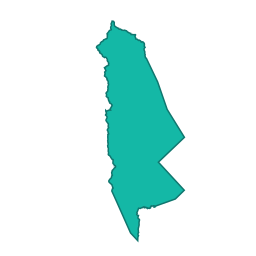 Jimi District, Western Highlands, Papua New Guinea (Albers equal-area conic projection), rotated 227°
{"feature_id": "67681753B26573357069197", "entity_name": "Jimi District", "entity_type": "district", "adm_level": 2, "iso_a3": "PNG", "parent_name": "Papua New Guinea", "parent_adm1": "Western Highlands", "projection": "albers", "projection_center": [144.768, -5.523], "detail": "fine", "context": "isolated", "style": "filled", "palette": "teal", "viewbox_px": 256, "rotation_deg": 227, "n_neighbors": 0, "source": "geoboundaries", "source_scale": "gbopen_adm2", "svg_char_len": 5908}
<svg xmlns="http://www.w3.org/2000/svg" viewBox="0 0 256 256"><g transform="rotate(227 128 128)"><path d="M82.7,162.9L114.9,169.3L141.5,181.1L166.6,189.0L167.5,188.7L169.0,189.6L169.4,189.8L169.8,190.5L170.4,190.8L170.9,191.0L171.4,191.3L171.6,191.7L172.1,192.0L172.6,192.5L173.0,192.6L173.4,192.7L173.8,192.9L174.1,193.0L174.6,193.5L175.0,193.8L175.2,194.4L175.3,194.9L175.3,195.5L175.5,195.6L176.4,195.5L176.7,195.7L177.2,196.3L177.5,196.4L177.8,196.9L178.3,197.3L178.8,197.6L179.4,197.7L179.8,197.5L180.0,197.4L180.2,197.5L180.5,197.7L180.8,197.6L181.4,197.1L181.7,196.8L181.8,196.3L183.0,196.6L184.5,196.2L184.8,195.5L185.5,195.5L185.9,195.2L186.2,195.2L186.9,195.2L187.7,194.4L187.9,194.4L188.2,194.7L188.6,194.9L188.9,195.2L189.5,195.3L190.0,195.5L190.4,195.8L190.6,196.4L190.8,196.8L191.1,197.1L191.4,197.0L192.0,196.2L192.3,195.8L193.3,195.1L194.2,194.0L194.5,194.1L195.3,194.5L195.5,194.3L196.4,193.9L196.9,193.7L197.6,193.4L198.1,193.4L198.6,193.1L199.4,193.2L200.3,193.1L200.8,192.7L201.2,192.6L201.4,192.4L201.9,192.2L202.1,191.7L202.7,191.1L203.4,190.7L203.9,190.2L204.1,190.1L204.5,190.2L204.8,190.0L205.4,190.0L205.8,189.4L206.4,188.9L207.3,189.2L207.6,188.8L210.4,188.0L211.1,187.8L211.6,187.8L213.1,188.5L214.5,189.9L214.8,189.9L215.3,190.1L215.7,190.2L216.2,190.0L216.8,189.4L217.0,189.3L216.2,187.9L216.0,187.2L215.6,186.5L215.0,186.3L214.3,185.9L214.0,185.2L213.6,184.2L212.8,183.4L211.9,183.1L211.5,183.0L211.3,182.7L211.4,182.4L211.8,181.5L211.9,180.6L211.8,180.3L211.5,179.1L211.4,178.4L211.3,177.7L211.3,177.2L211.1,176.8L210.9,176.7L210.3,176.8L209.5,175.6L209.3,175.6L208.0,174.2L207.9,173.7L207.9,173.1L208.2,172.9L208.4,172.1L208.6,171.6L208.8,170.9L209.1,170.3L209.0,169.9L208.9,169.7L208.7,168.9L208.9,168.0L209.1,167.5L209.1,166.1L208.9,165.7L208.5,165.3L208.4,164.4L208.4,164.0L208.5,163.5L208.8,162.9L208.9,162.6L208.8,162.1L209.0,161.2L209.0,160.8L208.5,160.0L208.3,159.8L208.0,159.7L207.6,159.9L206.2,159.8L206.0,159.5L205.8,159.4L205.5,159.2L205.3,159.1L204.9,159.2L204.7,159.5L204.4,159.6L204.1,159.3L203.4,159.6L202.8,159.2L202.6,158.8L202.4,158.6L201.9,158.6L201.2,159.0L200.7,158.9L199.9,159.1L199.6,159.1L199.3,159.1L198.7,158.8L197.9,158.4L197.4,158.4L196.2,158.8L195.6,158.8L195.4,159.6L194.4,160.1L192.4,159.7L191.8,159.3L191.6,158.9L191.3,158.8L191.0,158.6L190.1,158.6L189.5,158.4L189.1,158.3L188.7,158.0L188.4,158.0L188.2,157.8L188.2,157.5L188.0,157.3L187.6,156.9L187.2,156.7L187.4,155.7L187.9,154.6L187.9,154.3L187.7,154.0L188.0,153.3L188.0,152.8L188.2,151.9L187.5,151.7L187.1,151.9L186.8,151.7L186.2,151.2L185.6,151.2L185.2,151.0L184.9,150.9L184.8,149.1L184.4,149.0L184.2,148.7L183.4,148.3L183.0,147.6L182.7,147.4L182.6,147.0L182.1,146.3L181.7,146.3L181.4,146.5L181.0,146.5L180.6,146.5L180.1,146.6L179.6,146.6L179.2,146.5L178.6,146.5L178.4,146.1L178.2,146.0L177.7,145.9L177.4,145.8L177.4,145.5L177.1,145.5L176.8,145.6L176.2,145.4L175.6,145.3L175.0,144.7L174.4,144.3L174.1,143.8L173.5,143.8L172.9,143.3L172.8,143.0L172.4,142.2L171.7,141.1L171.2,140.9L171.0,140.7L170.6,140.5L169.9,139.5L169.3,138.9L168.9,138.4L168.6,137.7L168.7,137.3L168.8,137.0L168.5,136.3L168.5,135.9L168.5,135.7L167.4,135.3L166.9,135.0L166.4,134.4L166.0,133.7L165.8,133.7L165.2,133.8L164.8,133.7L164.3,133.7L163.8,134.0L163.5,134.1L163.0,133.6L162.4,133.2L161.5,132.7L160.8,132.4L160.1,132.6L160.0,132.3L159.8,132.1L159.4,132.1L159.0,131.8L158.4,131.7L157.8,132.1L157.3,132.2L156.3,132.0L155.8,132.1L155.1,131.6L155.2,131.2L155.0,130.6L154.8,130.3L154.7,130.0L154.5,129.7L154.5,129.3L154.3,129.1L154.4,128.7L154.2,128.2L154.0,127.8L152.9,127.5L153.1,127.2L153.9,126.5L154.4,125.6L154.3,125.3L154.7,124.4L155.1,123.7L155.3,123.7L155.9,123.7L156.0,123.7L155.8,123.5L155.4,123.3L155.2,123.1L154.9,122.9L154.3,122.8L153.1,122.0L152.9,121.9L153.1,121.4L153.2,121.1L153.0,120.7L152.8,120.4L151.8,120.5L151.2,120.4L150.8,120.4L150.5,120.3L150.0,119.8L149.7,119.5L149.6,119.1L149.4,118.6L149.2,118.0L149.0,117.6L148.6,117.1L148.1,116.9L146.0,116.6L145.0,116.5L144.7,116.6L144.2,116.2L143.8,115.9L143.2,115.1L142.7,114.7L142.4,114.3L142.2,114.2L141.7,114.2L141.4,114.0L141.3,113.6L141.0,112.2L140.7,111.6L140.5,111.4L140.0,111.2L139.4,111.2L139.1,111.1L138.5,110.5L137.6,110.2L137.1,110.0L136.8,109.7L137.1,108.9L136.7,108.7L136.4,108.4L135.9,107.7L135.5,107.4L134.9,106.8L134.3,106.4L133.7,105.8L133.2,105.5L132.9,105.1L132.5,104.4L132.1,104.2L131.6,103.9L130.9,103.2L130.5,103.3L130.0,102.6L129.4,102.1L129.1,101.4L129.0,101.1L128.4,100.7L127.8,100.2L127.2,100.2L126.7,99.9L126.1,99.4L125.3,98.5L124.8,98.0L124.1,97.4L123.7,97.3L122.9,96.7L122.3,95.7L121.8,95.4L121.2,95.4L120.8,95.6L120.3,95.8L119.6,95.6L119.0,95.6L118.0,95.3L115.8,95.0L115.5,95.1L115.2,95.5L114.9,95.5L114.0,94.5L112.6,93.0L112.3,92.9L111.8,92.8L110.9,92.9L110.1,92.6L109.7,92.3L109.3,92.8L108.9,93.0L108.5,92.8L108.0,92.3L107.8,91.8L108.1,90.7L107.9,90.3L107.7,88.8L107.7,87.5L107.0,86.8L106.9,86.2L106.7,85.8L105.6,85.0L105.0,84.6L104.3,84.5L104.0,84.2L104.1,83.9L104.1,83.6L104.0,83.2L103.4,82.6L103.1,82.1L103.0,81.7L102.9,81.2L103.0,80.4L102.8,79.7L102.7,78.7L102.5,78.1L102.2,77.7L101.9,77.5L101.1,77.2L99.2,77.4L97.3,77.5L96.9,77.2L96.4,77.0L95.7,76.7L94.6,76.1L94.4,76.2L94.2,76.2L94.0,75.6L94.1,75.3L94.1,74.9L93.0,73.2L82.3,69.6L49.5,58.3L40.2,58.3L39.0,58.3L40.8,60.1L41.2,60.5L41.8,61.4L42.1,62.3L43.0,62.4L44.1,63.5L44.3,64.5L45.0,64.8L46.0,65.7L46.8,66.2L48.0,67.6L48.4,68.5L49.0,69.1L49.4,69.9L50.8,71.1L51.8,72.1L52.8,73.6L53.4,74.0L54.8,73.7L55.9,74.3L56.9,76.0L57.7,75.4L58.8,75.4L59.4,76.6L60.2,76.8L60.5,77.9L61.2,79.3L62.1,81.0L60.8,82.1L60.2,84.1L59.6,84.5L59.8,85.2L59.5,86.0L58.3,85.8L58.0,86.9L57.2,86.9L57.0,87.4L56.0,87.3L56.1,87.9L55.4,88.2L54.6,88.8L54.2,89.9L54.5,90.4L54.8,90.2L55.2,91.9L54.7,92.0L54.1,92.8L53.7,93.7L53.1,94.1L52.9,93.7L52.5,93.9L52.4,93.2L52.0,93.5L51.8,94.6L52.0,95.2L43.8,114.2L44.1,126.7L82.3,126.9L82.7,162.9Z" fill="#14b8a6" stroke="#0f766e" stroke-width="1.5"/></g></svg>